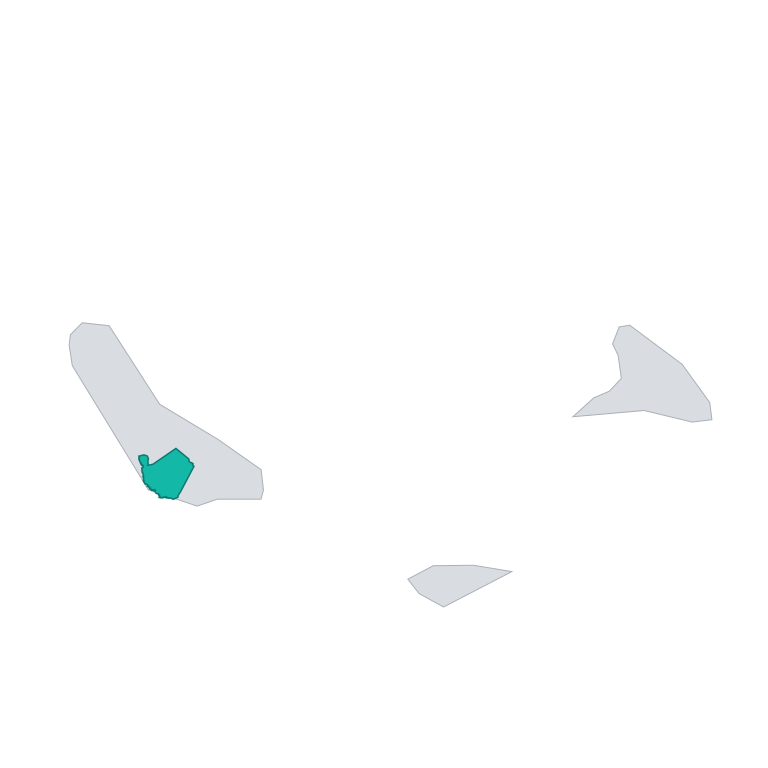 Moroni-Bambao, Andjazîdja, Comoros shown in context, rotated 324°
{"feature_id": "10938185B83767222062315", "entity_name": "Moroni-Bambao", "entity_type": "district", "adm_level": 2, "iso_a3": "COM", "parent_name": "Comoros", "parent_adm1": "Andjazîdja", "projection": "natural_earth1", "projection_center": [43.253, -11.742], "detail": "fine", "context": "in_parent", "style": "filled", "palette": "teal", "viewbox_px": 768, "rotation_deg": 324, "n_neighbors": 0, "source": "geoboundaries", "source_scale": "gbopen_adm2", "svg_char_len": 4903}
<svg xmlns="http://www.w3.org/2000/svg" viewBox="0 0 768 768"><g transform="rotate(324 384 384)"><path d="M224.2,398.9L216.8,404.9L181.3,379.1L161.0,372.9L131.2,331.1L142.6,186.0L152.2,167.4L159.3,159.8L175.9,157.1L195.9,175.3L190.6,268.6L217.2,331.4L234.2,381.1L224.2,398.9ZM617.3,480.8L636.8,543.4L636.6,590.6L628.3,605.6L610.9,595.9L578.7,558.2L517.6,521.5L545.7,518.5L562.1,522.3L579.4,518.9L590.3,498.3L592.5,485.9L607.8,476.1L617.3,480.8ZM349.7,583.1L377.1,610.9L301.1,599.4L289.2,574.3L288.6,555.9L316.9,559.9L349.7,583.1Z" fill="#d9dde1" stroke="#a8b0b8" stroke-width="1"/><path d="M181.9,338.9L181.7,338.5L181.6,337.9L181.7,336.9L181.8,336.9L182.1,336.9L182.3,336.7L182.7,336.2L182.3,335.5L182.1,335.4L182.3,334.9L182.2,334.8L181.9,334.4L181.7,334.0L181.3,333.8L181.0,333.5L181.0,333.1L181.0,332.8L180.8,332.3L180.8,332.1L181.0,331.7L181.6,331.0L181.9,330.1L182.0,329.9L177.8,313.8L149.8,313.1L145.3,311.0L145.5,310.9L146.0,310.0L146.6,309.4L146.9,309.1L147.1,308.6L147.4,308.0L147.6,307.7L147.7,307.4L148.0,307.2L149.3,306.3L149.4,306.2L150.2,303.2L148.1,300.2L143.5,298.4L143.5,298.5L143.4,298.5L143.1,298.8L143.1,299.1L142.9,299.0L142.8,299.3L142.7,299.4L142.7,299.5L142.3,299.7L142.2,300.0L141.5,300.7L141.5,300.9L141.4,301.0L141.6,301.2L141.4,301.3L141.4,301.5L141.5,302.0L141.4,302.2L141.0,302.5L140.9,302.7L140.8,303.3L141.1,303.7L141.1,303.8L140.9,304.3L140.6,304.7L140.5,304.8L140.5,305.0L140.4,305.0L140.4,305.5L140.5,305.5L140.4,305.6L140.4,306.1L140.2,306.2L140.2,306.3L140.3,306.2L140.6,306.3L140.7,306.5L140.8,306.7L140.8,307.0L140.7,307.0L140.6,307.4L140.6,307.6L140.9,307.8L140.7,308.0L140.7,308.3L140.8,308.4L140.9,308.6L141.1,309.0L140.9,309.1L140.7,309.0L140.5,309.3L140.5,309.5L140.4,309.6L140.2,309.5L139.9,309.7L139.8,309.8L139.6,309.8L139.3,309.6L139.1,309.7L138.7,309.6L138.3,310.1L138.1,310.3L138.1,310.7L137.8,311.0L137.6,311.8L137.5,312.0L137.3,312.1L137.2,312.2L137.1,312.3L136.9,312.3L136.8,312.6L136.7,312.9L136.5,313.5L136.4,313.6L136.5,313.7L136.3,313.8L136.4,314.0L136.5,314.2L136.4,314.5L136.4,315.2L136.2,315.5L136.0,315.9L135.9,315.9L135.9,316.1L135.8,316.3L135.6,316.6L135.4,316.9L135.2,316.9L135.3,317.0L135.2,317.1L135.0,317.3L134.9,317.3L134.9,317.6L134.7,317.6L134.7,317.9L134.4,318.0L134.4,318.3L134.1,318.4L134.0,318.8L134.0,319.2L133.8,319.2L133.7,319.3L133.4,319.7L133.5,319.7L133.3,319.8L133.1,320.1L132.9,320.4L132.8,320.5L132.8,320.8L132.7,320.8L132.7,320.7L132.6,320.8L132.4,320.9L132.4,321.1L132.4,321.3L132.3,321.6L132.3,321.8L132.2,321.9L132.2,322.0L132.3,322.0L132.2,322.1L132.1,322.4L132.2,322.6L132.2,322.9L132.3,323.0L132.1,323.3L132.1,323.5L131.9,324.1L132.0,324.3L132.2,324.6L132.2,324.9L132.4,325.1L132.7,325.1L133.0,325.5L133.4,326.2L133.5,326.3L133.6,326.6L133.5,326.9L133.4,326.9L133.4,327.0L133.2,327.1L133.1,327.3L132.9,327.3L132.9,327.5L132.8,327.9L132.7,327.9L132.8,328.0L132.7,328.3L132.9,328.8L133.1,328.9L133.1,329.1L133.3,329.1L133.2,329.2L133.2,329.4L133.3,329.4L133.3,329.5L133.1,330.2L133.0,330.3L133.1,330.6L133.2,331.2L133.3,331.4L133.6,331.4L133.5,331.5L133.2,331.5L133.3,331.6L133.5,331.6L133.4,331.8L133.4,332.0L133.3,332.3L133.3,332.5L133.4,332.8L133.4,333.0L133.3,333.4L133.3,333.5L133.2,333.6L133.4,333.5L133.4,333.4L133.5,333.3L133.4,333.3L133.4,333.2L133.5,333.1L133.4,333.0L133.5,332.9L133.6,332.7L133.7,332.8L133.9,332.9L134.0,333.0L133.9,333.1L134.0,333.2L134.0,333.3L133.9,333.4L134.0,333.6L134.3,333.6L134.3,334.0L134.5,334.2L135.0,334.5L135.0,334.8L135.2,334.7L135.3,334.9L135.4,334.7L135.5,334.8L135.6,334.5L135.8,334.6L135.8,334.8L135.9,334.6L136.4,334.7L136.5,334.7L136.5,334.8L136.4,335.2L136.3,335.4L136.3,335.5L136.2,335.5L135.9,336.1L135.8,336.4L135.7,336.6L135.6,336.8L135.4,337.1L135.3,337.5L135.3,337.8L135.4,338.2L135.9,339.3L136.0,339.4L136.3,339.6L136.3,339.8L136.4,340.1L136.7,340.4L136.7,340.5L136.6,340.8L136.7,340.7L136.7,340.8L136.8,340.8L136.8,341.1L136.9,341.3L136.7,341.3L136.7,341.5L136.7,341.8L136.5,342.1L136.3,342.0L136.2,342.2L136.3,342.3L136.4,342.6L136.3,342.9L136.5,343.0L136.3,343.2L136.2,343.0L136.1,343.6L136.0,343.4L136.0,343.6L135.9,343.6L136.0,343.7L136.0,343.8L135.9,343.9L136.2,344.0L136.3,344.4L136.5,344.5L136.6,344.9L136.8,344.8L136.8,345.0L137.1,345.1L137.2,345.3L137.4,345.4L137.6,345.5L137.7,345.8L137.9,345.8L138.0,345.9L138.1,346.0L138.2,345.9L138.4,345.9L138.4,346.0L138.5,346.0L138.5,345.9L139.1,346.0L139.2,346.4L139.3,346.4L139.5,346.3L139.8,346.5L140.0,346.4L140.1,346.5L140.0,346.8L140.1,347.0L140.3,347.1L140.4,347.3L140.5,347.3L140.5,347.1L140.6,347.4L140.7,347.1L140.8,347.2L141.0,347.2L141.3,347.1L141.3,347.4L141.5,347.5L141.6,347.8L141.8,348.0L141.8,348.3L142.2,348.8L142.1,349.0L142.1,349.4L142.3,349.6L143.1,350.1L143.4,350.1L143.8,350.5L144.4,351.1L144.6,351.2L144.9,351.8L145.0,352.2L145.2,352.3L145.5,352.9L145.6,353.2L145.7,353.4L150.7,354.5L151.9,353.2L156.0,351.6L181.9,338.9Z" fill="#14b8a6" stroke="#0f766e" stroke-width="1.5"/></g></svg>